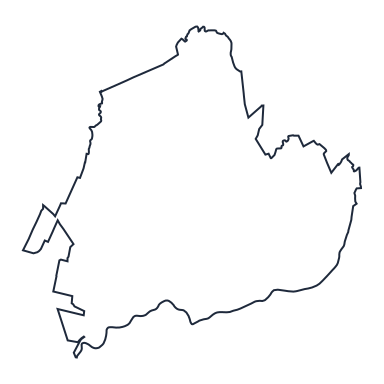 Mosnita Noua, Timis, Romania (orthographic projection)
{"feature_id": "2599482B38948960386804", "entity_name": "Mosnita Noua", "entity_type": "district", "adm_level": 2, "iso_a3": "ROU", "parent_name": "Romania", "parent_adm1": "Timis", "projection": "orthographic", "projection_center": [21.343, 45.72], "detail": "fine", "context": "isolated", "style": "outline", "palette": "slate", "viewbox_px": 384, "rotation_deg": 0, "n_neighbors": 0, "source": "geoboundaries", "source_scale": "gbopen_adm2", "svg_char_len": 5858}
<svg xmlns="http://www.w3.org/2000/svg" viewBox="0 0 384 384"><path d="M326.9,276.2L332.9,269.6L333.9,268.6L335.6,266.6L336.9,264.9L337.8,263.0L339.1,257.9L339.3,256.5L339.3,254.3L339.6,252.3L340.1,251.3L341.3,249.4L343.7,246.2L344.3,244.5L344.8,241.5L346.9,234.9L348.2,232.1L348.4,230.5L351.3,219.9L351.6,216.7L353.2,206.1L356.6,203.7L355.4,201.7L355.3,201.4L355.1,198.4L355.2,195.7L354.4,193.0L354.5,192.8L356.0,189.5L356.7,188.4L361.0,188.1L360.9,186.6L360.1,184.1L360.2,182.9L360.4,182.3L359.4,167.6L359.0,167.6L358.4,168.0L356.3,170.4L354.8,171.2L354.2,171.4L353.9,171.3L353.8,171.1L353.8,170.2L353.7,169.6L352.7,168.4L352.1,167.1L352.9,166.4L353.1,166.1L353.3,165.2L353.3,164.9L352.6,164.2L351.8,163.7L351.2,162.9L350.1,162.0L349.6,161.2L347.8,160.0L347.4,159.2L347.3,158.3L347.5,157.3L347.7,156.8L348.2,156.1L348.7,155.3L348.8,154.9L348.8,154.1L342.1,159.4L341.2,161.7L340.5,162.8L339.7,163.9L338.6,165.0L338.4,164.9L338.4,164.0L338.3,163.9L338.1,164.0L331.3,172.8L327.0,162.7L323.8,154.5L323.8,153.7L324.2,153.1L326.2,151.1L326.2,150.8L325.9,149.8L324.4,148.2L319.5,144.1L318.0,144.6L317.6,144.6L316.8,144.2L315.9,143.4L313.8,140.8L313.1,141.1L303.5,146.4L298.5,135.7L293.9,135.7L293.3,135.3L292.9,135.3L288.7,136.0L288.4,136.2L288.3,136.4L288.2,136.8L288.6,138.6L288.5,139.2L288.3,139.8L287.9,140.6L287.2,141.2L286.6,141.6L286.1,141.5L285.6,140.8L284.8,140.3L283.7,140.5L283.1,140.8L282.8,141.2L282.7,142.1L283.1,143.3L283.2,144.4L283.2,144.8L282.9,145.3L282.0,145.7L281.6,146.1L281.5,146.5L281.5,147.7L281.3,148.1L281.1,148.3L280.4,148.4L277.7,148.5L276.7,148.7L276.2,149.3L275.5,152.0L274.5,155.0L271.4,158.1L271.0,158.2L270.7,158.0L268.6,153.7L265.4,154.6L255.7,138.9L257.7,135.4L259.2,129.0L262.3,124.9L263.4,105.5L261.7,105.6L261.6,106.0L248.4,117.6L244.8,104.2L243.9,95.7L243.7,93.4L241.3,71.4L240.1,71.5L236.6,69.2L236.1,68.7L235.1,67.5L234.5,66.3L233.1,62.5L231.7,57.0L230.9,55.6L230.7,54.5L230.7,52.7L231.3,49.8L231.4,48.5L231.5,43.6L231.4,42.7L230.8,41.1L229.9,39.7L228.9,38.6L227.9,37.0L227.2,36.4L226.0,35.5L225.0,33.7L223.6,32.8L223.2,33.5L222.9,33.8L222.1,34.1L221.5,34.1L219.3,33.6L218.0,33.2L217.0,32.7L216.7,32.2L216.1,30.9L215.8,30.6L214.3,30.3L208.3,30.4L206.4,31.4L205.8,31.5L205.5,31.4L204.9,31.0L204.8,30.8L204.7,30.2L204.6,27.7L204.3,27.1L204.0,26.8L203.1,26.7L202.0,27.8L200.6,28.8L200.4,29.0L200.2,30.4L198.7,31.5L198.5,31.3L198.5,30.2L198.1,27.7L197.8,27.2L197.1,26.5L195.5,26.7L191.2,29.2L189.6,30.4L188.6,33.0L188.2,33.7L187.6,34.1L187.1,35.3L186.9,36.4L186.1,36.7L185.8,37.4L185.4,38.4L185.5,38.9L185.7,39.2L186.5,39.5L186.8,39.9L186.8,40.3L186.5,40.7L185.5,41.4L185.1,41.6L184.5,41.2L183.4,40.1L182.4,39.2L181.4,38.7L177.9,42.5L176.6,45.0L176.1,46.7L176.2,47.0L178.0,54.6L177.9,54.8L175.6,56.1L164.2,63.6L163.5,64.4L133.3,77.4L126.9,80.4L102.2,91.3L101.6,91.8L101.3,91.0L99.9,91.8L101.8,96.3L102.6,98.9L102.3,100.4L102.0,101.3L101.9,102.0L102.1,102.9L102.0,103.4L100.8,103.7L99.3,104.4L98.7,105.0L98.5,105.7L98.5,106.1L98.8,106.6L100.1,106.3L100.0,106.8L99.3,107.8L99.1,108.4L99.0,109.3L99.3,110.2L100.3,110.8L100.7,111.3L100.8,111.6L100.8,112.1L100.5,112.8L99.4,113.8L99.1,114.2L99.0,114.5L99.1,115.0L99.3,115.3L100.7,116.5L101.0,117.0L101.2,117.8L100.9,119.1L101.2,120.2L101.2,120.8L101.0,121.4L99.7,122.6L97.2,124.8L96.0,125.4L94.4,126.9L93.6,127.0L90.5,126.9L89.9,127.1L89.5,127.5L89.6,128.0L89.7,128.3L91.2,130.0L91.8,131.2L92.1,132.0L92.4,134.5L92.4,136.0L92.0,138.4L91.7,139.1L90.3,140.4L90.1,141.0L90.2,141.7L90.4,142.4L90.5,143.9L90.1,145.1L89.7,146.2L89.4,147.7L88.8,149.0L88.8,149.7L88.9,152.0L88.7,153.5L88.5,153.9L88.2,154.1L86.6,153.8L85.2,162.4L84.9,162.4L83.6,168.2L83.3,169.1L80.0,177.9L77.4,177.3L65.6,203.5L61.0,203.3L59.9,205.9L55.1,216.3L53.3,214.1L44.6,206.3L43.1,205.1L43.1,208.8L41.3,210.7L40.0,214.2L36.4,222.1L32.7,229.7L28.7,239.0L23.0,250.3L33.5,253.3L37.4,252.2L39.1,251.0L40.9,249.0L44.8,240.5L48.0,241.9L52.6,231.8L54.1,228.3L57.7,220.3L59.9,224.2L63.5,229.1L73.5,244.1L70.3,247.1L68.5,256.7L67.5,258.1L67.5,261.3L60.9,259.6L59.4,260.4L56.3,275.8L56.5,276.2L53.3,291.5L72.3,296.1L71.7,303.3L73.2,304.3L74.5,306.4L84.2,311.1L83.7,315.3L57.6,309.0L67.7,340.4L77.8,342.2L79.7,339.9L81.6,338.1L83.8,336.6L84.2,337.0L81.3,339.1L80.3,340.4L73.8,352.7L75.7,357.3L76.8,357.5L77.2,355.9L80.3,352.0L81.3,350.5L81.7,349.2L81.8,348.4L81.6,344.7L81.9,343.8L82.4,343.3L83.7,342.9L84.8,342.9L86.2,343.3L88.6,344.5L91.8,347.0L93.0,347.6L94.3,348.1L95.9,348.3L97.8,348.0L99.2,347.5L102.4,344.8L103.5,343.5L105.2,339.5L106.1,335.8L106.5,332.9L106.6,329.9L107.1,328.8L107.8,327.9L108.4,327.5L109.0,327.3L110.4,327.2L112.2,327.2L116.1,327.6L119.5,327.5L122.5,326.9L124.8,326.2L127.7,324.8L129.5,323.2L131.3,320.2L133.3,317.1L134.1,316.5L134.7,316.1L135.6,315.8L136.8,315.7L140.3,316.1L141.9,316.0L143.3,315.8L145.1,315.2L145.9,314.8L148.6,312.4L150.0,311.3L151.7,310.5L154.9,309.6L155.9,309.1L156.6,308.5L157.2,307.9L158.2,306.4L158.8,305.0L159.8,303.8L160.7,303.1L161.9,302.3L164.0,301.2L165.5,300.6L166.2,300.5L167.5,300.5L168.8,300.9L169.7,301.5L171.4,302.7L172.7,304.1L173.8,305.3L174.3,306.3L175.5,307.6L176.7,308.6L177.4,309.0L178.5,309.5L179.9,309.8L182.1,310.0L183.6,310.3L185.9,312.1L186.4,312.5L188.7,316.2L188.9,317.0L189.3,317.9L189.8,319.4L190.4,321.8L191.1,323.2L191.8,324.1L192.2,324.2L192.8,324.2L193.1,324.1L194.9,323.1L197.8,321.6L199.4,320.6L203.7,319.3L206.8,318.8L208.3,318.3L209.6,317.4L212.8,314.7L214.8,313.4L216.4,312.7L217.5,312.4L219.9,312.1L221.3,312.1L226.5,312.3L229.8,312.0L233.4,310.7L237.4,309.7L240.5,308.5L251.3,303.5L254.7,301.7L256.2,301.2L259.7,300.8L262.3,301.0L264.3,300.4L265.0,300.1L265.8,299.4L268.2,297.2L270.4,294.5L271.3,292.9L272.2,291.7L273.9,290.2L277.8,289.7L285.0,290.7L288.2,291.2L293.4,291.6L295.8,291.3L297.3,291.0L304.6,289.1L308.1,288.5L312.0,287.5L316.6,285.6L319.5,283.7L322.3,281.0L326.9,276.2Z" fill="none" stroke="#1e293b" stroke-width="2"/></svg>